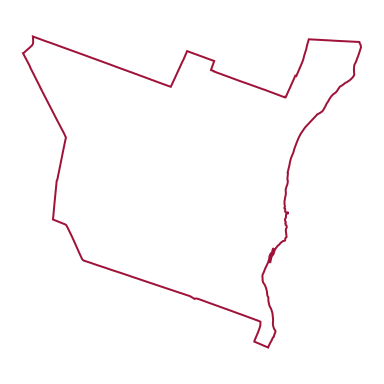 outline of Costinesti, Constanta, Romania
{"feature_id": "2599482B66221023435885", "entity_name": "Costinesti", "entity_type": "district", "adm_level": 2, "iso_a3": "ROU", "parent_name": "Romania", "parent_adm1": "Constanta", "projection": "mercator", "projection_center": [28.629, 43.947], "detail": "fine", "context": "isolated", "style": "outline", "palette": "rose", "viewbox_px": 384, "rotation_deg": 0, "n_neighbors": 0, "source": "geoboundaries", "source_scale": "gbopen_adm2", "svg_char_len": 5533}
<svg xmlns="http://www.w3.org/2000/svg" viewBox="0 0 384 384"><path d="M359.4,42.0L357.9,41.9L351.8,41.6L335.9,40.8L329.4,40.4L329.2,40.4L308.8,39.3L308.7,39.6L307.1,45.2L306.6,47.3L306.6,47.6L306.2,49.2L305.9,50.3L305.1,52.7L304.4,55.0L304.3,55.3L304.1,56.0L303.3,59.3L303.0,60.2L302.1,62.6L296.3,76.1L295.3,75.7L293.9,78.9L292.8,81.4L290.4,86.8L288.7,90.5L287.4,93.4L286.4,95.7L285.8,97.0L285.2,96.7L285.0,97.2L284.9,97.4L263.9,89.5L263.6,89.5L257.6,87.3L251.4,85.1L246.7,83.4L241.5,81.6L237.6,80.2L236.9,79.9L235.2,79.3L235.0,79.2L231.6,78.0L230.7,77.6L224.9,75.5L221.1,74.1L217.7,72.9L215.2,71.9L213.8,71.4L213.8,71.1L212.5,70.6L211.5,70.3L211.0,70.1L211.1,69.7L214.2,61.0L193.6,53.5L187.1,51.1L183.4,59.8L182.9,60.6L180.3,66.2L174.1,79.7L174.0,79.9L170.8,86.8L165.7,85.0L163.2,84.1L162.4,83.8L161.1,83.3L159.1,82.6L156.7,81.7L155.5,81.3L154.7,80.9L154.1,80.7L151.7,79.9L150.0,79.2L149.4,79.0L147.8,78.4L146.7,78.0L145.2,77.4L144.3,77.1L142.1,76.3L140.7,75.8L139.6,75.4L138.5,75.0L137.4,74.5L136.2,74.1L134.4,73.5L133.3,73.0L132.8,72.9L132.2,72.6L131.9,72.5L130.4,72.0L127.1,70.8L126.9,70.7L121.1,68.6L116.4,66.9L111.1,64.9L88.1,56.5L87.9,56.4L61.6,46.9L52.6,43.6L47.8,41.9L46.8,41.6L33.7,36.8L32.9,36.5L33.0,37.5L33.2,42.0L32.8,44.2L31.5,46.0L31.3,46.1L29.4,47.9L26.7,50.2L24.1,52.6L23.6,53.0L23.0,53.2L29.4,65.3L30.1,66.8L30.1,67.2L40.8,88.4L40.7,88.4L57.6,121.2L63.4,132.2L64.1,133.5L65.9,137.5L65.8,138.2L65.5,139.4L63.0,151.5L60.4,164.5L58.6,173.3L57.3,179.7L56.7,180.8L54.5,203.2L54.5,203.3L53.4,215.1L53.0,219.5L64.7,224.2L66.1,225.0L67.6,227.6L72.2,237.1L76.2,246.0L79.6,253.7L81.5,257.7L82.0,259.0L82.8,259.9L83.8,260.6L91.7,263.2L97.1,265.1L105.4,267.8L112.3,270.2L121.6,273.2L127.5,275.2L133.9,277.4L138.2,278.8L144.3,280.9L156.5,285.0L172.7,290.4L177.4,292.0L182.7,293.7L182.9,293.8L188.0,295.5L189.6,296.0L190.4,296.4L194.4,298.8L194.5,298.6L196.5,298.5L199.6,299.4L211.9,303.9L221.4,307.3L224.9,308.6L225.1,308.6L229.5,310.2L237.8,313.3L243.5,315.3L244.8,315.8L259.1,321.1L260.4,321.7L260.4,324.6L260.2,326.1L259.1,329.5L257.7,333.1L254.7,340.2L254.4,340.9L254.3,341.6L268.1,347.5L268.2,347.2L268.7,346.1L269.5,344.4L270.3,342.7L271.1,341.4L271.8,340.0L272.5,338.5L273.0,337.4L273.8,336.8L274.0,335.9L274.2,335.0L274.4,334.5L274.6,333.9L275.2,332.7L275.4,331.8L275.5,331.2L275.3,330.6L274.8,329.9L274.0,328.7L273.6,327.5L273.1,325.6L272.9,324.4L272.9,323.1L272.9,322.7L273.1,320.7L273.0,318.2L272.7,316.0L272.6,314.0L272.2,312.4L271.6,310.4L271.0,308.6L270.3,307.5L270.2,307.2L269.5,305.8L269.1,304.4L268.8,302.8L268.7,302.3L268.6,302.0L268.5,301.4L268.3,299.6L268.4,298.4L268.4,297.6L267.6,296.1L267.2,294.6L267.1,293.1L267.0,291.8L266.5,289.7L266.3,289.0L265.8,287.4L265.1,285.5L264.9,285.2L264.3,284.2L263.1,282.4L262.6,280.3L262.6,279.0L262.6,278.6L262.4,276.4L262.6,274.7L263.4,273.1L264.1,271.4L265.2,268.5L266.2,266.5L266.8,265.2L267.4,263.8L267.8,263.1L268.4,261.7L268.5,260.9L268.6,260.7L269.0,259.6L269.2,258.6L269.4,257.2L269.5,256.2L270.0,254.9L270.5,253.9L271.3,253.0L271.8,252.5L272.1,251.9L272.3,251.3L272.5,250.4L272.6,249.9L272.9,249.0L273.0,248.8L273.1,248.7L273.5,248.7L273.6,248.8L273.6,249.5L273.6,250.4L273.4,250.5L273.1,250.6L273.0,250.8L273.0,251.4L273.0,252.0L272.8,252.1L272.6,252.1L272.4,252.2L272.3,252.4L272.3,252.7L272.4,253.5L272.0,253.8L271.9,254.0L271.9,254.4L271.7,254.7L271.4,254.7L271.2,255.0L271.3,255.4L271.4,256.7L271.2,256.9L270.9,256.9L270.6,257.1L270.6,257.3L270.7,258.0L270.6,258.3L270.4,258.4L270.2,258.4L270.0,258.5L270.0,258.8L270.0,259.1L270.0,260.5L270.0,262.1L270.3,262.1L270.4,261.5L270.8,260.1L271.0,259.2L271.1,258.3L271.4,257.2L272.0,256.0L272.5,255.2L273.3,254.5L273.7,253.3L274.2,251.8L274.4,250.9L275.4,248.8L276.4,247.5L277.8,245.7L279.3,244.5L279.8,243.8L280.9,242.7L281.8,241.9L282.8,241.2L284.3,240.8L284.9,240.6L285.1,240.4L285.2,239.6L285.3,238.4L285.8,237.7L286.5,237.1L286.5,236.4L286.4,235.3L286.2,233.7L286.0,232.0L285.8,230.4L285.9,229.4L286.1,228.6L286.5,228.0L286.7,227.2L286.7,226.6L286.6,226.0L286.4,225.4L285.9,225.1L285.6,224.8L285.6,224.4L285.6,223.7L285.3,223.5L285.4,223.2L285.6,223.0L285.7,222.7L285.8,222.0L285.3,221.2L285.0,220.3L285.0,219.4L285.2,218.8L285.7,217.9L286.0,216.9L286.0,215.6L286.1,214.5L286.4,213.7L287.4,213.6L287.9,213.5L288.0,213.4L288.0,213.1L288.0,212.6L287.6,212.4L286.9,212.6L286.3,212.6L286.1,212.3L285.4,212.0L285.2,211.7L285.2,210.3L285.2,209.4L285.1,208.8L284.9,208.7L284.5,208.5L284.4,207.7L284.7,207.4L284.9,206.6L284.5,203.9L284.5,201.3L285.1,197.6L285.6,195.6L285.9,192.8L285.7,191.1L285.7,189.4L286.4,186.9L287.1,185.0L287.3,184.6L287.7,182.6L287.8,180.6L287.7,180.1L287.4,179.6L287.5,177.6L287.9,173.7L287.9,173.1L287.8,172.9L287.6,172.7L287.7,172.3L288.6,168.6L289.4,165.3L289.9,162.5L290.0,162.0L290.2,161.1L291.1,157.8L293.0,153.4L293.2,153.1L294.1,149.6L294.5,148.4L296.6,142.8L298.6,137.9L300.7,133.8L303.1,130.3L304.9,127.7L305.2,127.3L308.2,124.1L317.2,114.5L317.2,114.4L318.8,113.6L320.5,112.6L321.5,111.9L321.9,111.6L322.5,111.1L323.6,109.5L325.4,106.2L326.7,103.5L327.5,102.4L328.1,101.5L329.2,99.4L329.5,99.0L331.1,96.5L333.1,94.4L335.7,92.5L337.1,90.9L338.1,89.2L338.5,88.7L339.1,87.8L339.9,86.6L340.6,86.3L342.8,84.9L344.9,83.2L345.4,82.8L346.9,82.2L347.5,81.7L348.7,80.9L349.5,80.4L351.2,78.9L352.4,77.7L353.3,76.5L354.1,75.3L354.2,74.3L354.0,70.6L353.9,69.4L354.0,68.6L354.2,65.6L354.8,64.0L355.7,62.4L356.2,61.2L357.4,57.8L357.7,57.2L359.1,53.2L359.8,51.0L360.6,48.5L361.0,47.5L360.9,47.2L360.8,45.7L360.3,44.3L359.6,43.1L359.4,42.0Z" fill="none" stroke="#9f1239" stroke-width="2"/></svg>